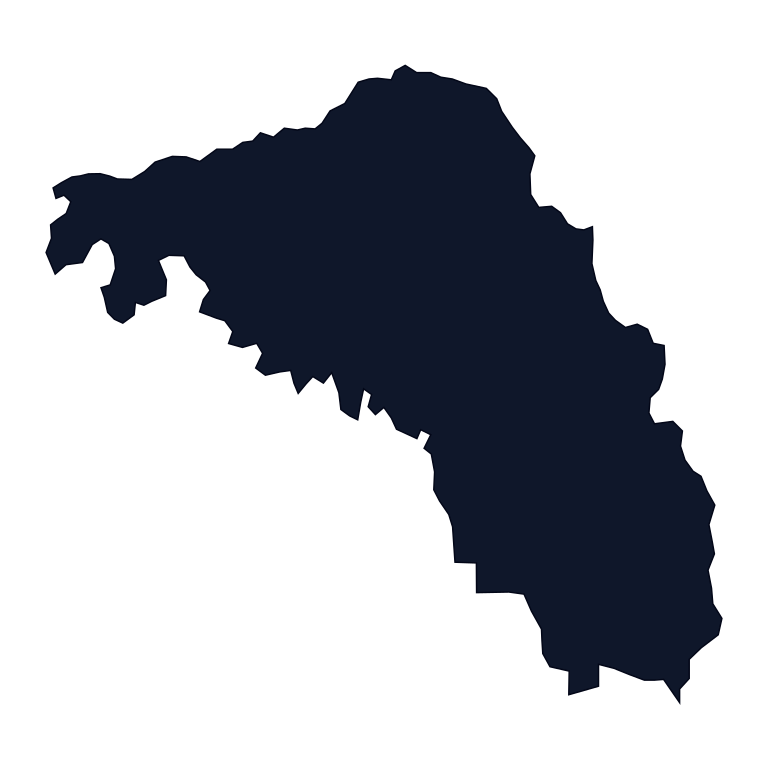 Manfrinópolis, Paraná, Brazil (Equal Earth projection)
{"feature_id": "56859067B18280238969622", "entity_name": "Manfrinópolis", "entity_type": "district", "adm_level": 2, "iso_a3": "BRA", "parent_name": "Brazil", "parent_adm1": "Paraná", "projection": "equal_earth", "projection_center": [-53.366, -26.105], "detail": "fine", "context": "isolated", "style": "filled", "palette": "ink", "viewbox_px": 768, "rotation_deg": 0, "n_neighbors": 0, "source": "geoboundaries", "source_scale": "gbopen_adm2", "svg_char_len": 2381}
<svg xmlns="http://www.w3.org/2000/svg" viewBox="0 0 768 768"><path d="M391.3,79.8L377.5,78.3L369.0,79.0L358.2,82.2L344.8,103.5L330.1,110.9L322.1,123.2L315.1,128.9L305.2,128.2L297.4,130.0L284.3,128.2L273.5,137.2L260.4,132.8L252.7,141.1L242.8,142.4L232.6,149.2L216.8,149.2L199.9,161.5L186.2,156.9L172.3,156.4L155.1,162.1L144.7,171.5L131.9,179.4L117.4,179.0L109.7,176.1L100.2,173.7L88.4,173.9L80.4,175.9L71.9,177.0L61.4,182.7L53.1,187.9L56.0,198.4L64.0,195.2L70.8,201.7L66.2,213.5L57.8,219.2L50.6,224.9L51.5,238.3L46.1,252.5L55.2,274.1L66.0,264.7L82.5,262.5L92.2,244.6L100.9,238.9L108.9,243.5L114.4,256.2L115.6,268.7L110.2,284.9L101.0,287.7L104.3,297.3L107.7,312.4L114.4,319.2L122.8,323.1L134.1,314.8L135.4,302.4L143.9,305.2L151.7,301.3L165.6,295.6L166.4,279.8L158.4,260.4L168.9,255.3L184.1,255.8L190.0,267.1L196.2,274.8L205.5,282.0L210.1,290.5L203.4,299.5L199.6,311.8L216.3,318.1L224.8,320.7L232.8,331.5L228.6,343.5L242.5,347.4L256.7,343.3L262.6,353.3L255.7,368.0L265.4,375.2L279.8,371.9L290.7,370.4L294.0,383.3L298.2,393.4L306.2,383.7L312.8,376.5L323.4,383.1L331.7,372.6L338.9,392.7L340.9,409.5L349.7,415.9L357.7,419.8L360.7,402.3L363.6,388.8L371.6,394.5L368.2,406.7L375.4,414.6L383.9,407.4L391.3,417.9L396.5,429.2L416.9,438.6L420.7,429.7L430.8,434.7L424.1,448.3L431.3,454.0L434.6,471.9L433.8,489.8L439.6,501.0L448.8,514.5L452.6,526.8L455.0,562.2L476.4,562.9L476.6,592.6L508.8,592.0L524.0,594.1L531.5,611.2L541.5,629.1L542.0,640.9L542.8,653.6L550.0,666.7L569.2,671.1L568.8,694.7L598.5,686.2L598.5,664.3L614.0,668.3L629.6,674.6L644.3,680.1L654.7,680.1L663.6,679.4L679.6,702.6L679.6,689.0L689.2,678.5L689.2,659.3L701.3,647.7L711.0,640.3L718.2,634.8L721.9,618.4L712.8,603.8L711.5,588.2L708.0,570.1L714.4,553.9L712.3,542.1L708.9,524.6L714.8,505.1L706.9,490.9L701.0,476.3L693.0,471.2L685.0,460.1L680.5,446.1L682.4,431.0L672.8,421.4L654.5,423.8L648.9,413.0L650.2,397.7L658.6,389.4L662.3,379.1L665.0,364.3L664.1,345.5L653.2,343.3L647.6,329.3L637.2,324.2L625.4,327.5L615.4,320.3L608.7,313.1L603.3,301.3L600.2,289.9L595.8,280.5L591.9,263.6L592.9,240.0L592.4,226.7L583.9,229.9L576.0,228.9L567.5,223.8L560.5,212.7L551.7,206.3L538.8,207.4L530.7,194.5L529.9,173.9L534.8,155.8L529.1,147.9L520.3,137.8L512.3,127.3L501.7,111.4L496.7,98.7L486.3,88.4L466.0,84.0L452.3,79.0L440.8,77.2L430.8,72.6L416.6,72.6L405.2,65.4L395.2,70.9L391.3,79.8Z" fill="#0f172a" stroke="#020617" stroke-width="1.5"/></svg>